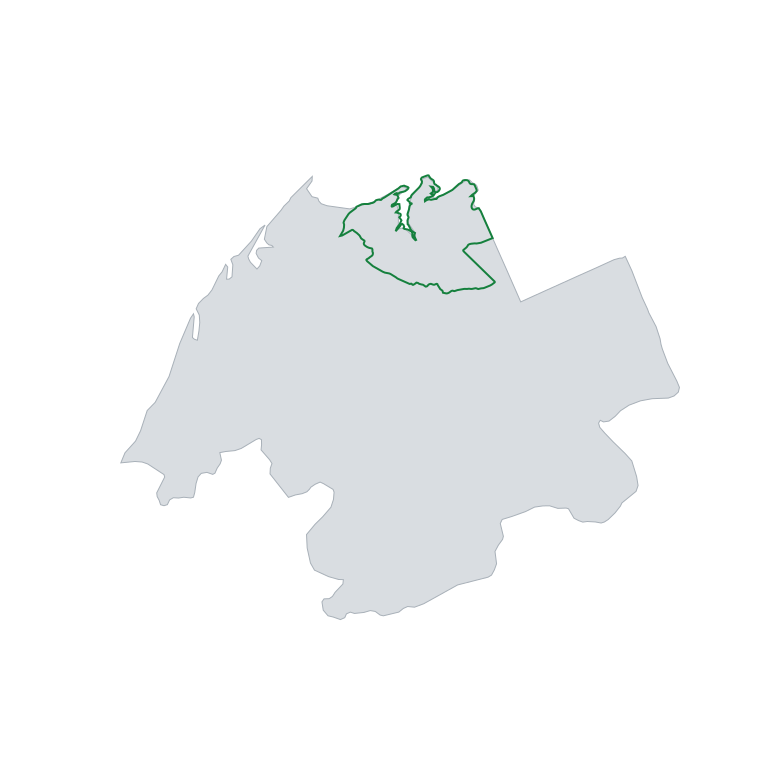 location of Estuaire within Gabon, rotated 66°
{"feature_id": "GAB-2168", "entity_name": "Estuaire", "entity_type": "Province", "adm_level": 1, "iso_a3": "GAB", "parent_name": "Gabon", "parent_adm1": "", "projection": "natural_earth1", "projection_center": [9.925, 0.242], "detail": "fine", "context": "in_parent", "style": "outline", "palette": "green", "viewbox_px": 768, "rotation_deg": 66, "n_neighbors": 0, "source": "natural_earth", "source_scale": "10m", "svg_char_len": 7919}
<svg xmlns="http://www.w3.org/2000/svg" viewBox="0 0 768 768"><g transform="rotate(66 384 384)"><path d="M512.9,123.8L512.5,130.0L506.5,145.0L503.7,156.5L503.0,168.8L504.6,178.8L507.5,185.8L509.4,193.5L507.9,198.9L505.1,201.2L507.0,203.9L511.4,204.5L518.9,202.2L530.3,198.1L545.3,192.1L555.1,188.9L571.4,190.9L580.1,193.2L584.6,197.4L589.4,215.0L591.7,217.7L595.7,225.3L599.0,234.3L599.7,238.9L599.3,242.2L596.0,247.0L592.3,254.2L591.0,258.6L587.9,261.8L583.9,265.0L573.0,266.2L571.4,268.1L568.3,275.8L562.6,282.3L560.0,288.4L557.7,296.5L558.1,306.7L557.0,321.2L555.8,331.1L558.7,334.5L571.7,336.9L574.2,338.9L577.7,345.0L582.1,350.7L594.0,354.3L598.6,358.7L602.3,363.5L602.8,367.5L600.1,383.3L597.5,398.5L598.5,410.0L599.5,421.0L600.9,437.1L600.3,446.9L596.9,452.9L596.9,457.6L598.4,463.2L595.5,478.9L593.5,481.5L588.2,484.5L585.4,488.7L584.5,495.3L581.6,504.3L578.7,507.6L578.7,511.8L581.5,514.9L581.5,519.6L576.2,525.2L573.0,529.4L565.9,531.5L557.8,529.3L555.9,526.2L557.8,521.4L557.1,517.5L554.4,513.4L550.0,502.9L546.2,500.7L544.1,505.0L537.5,512.9L525.8,523.2L517.7,524.0L502.6,520.9L490.0,516.0L484.1,504.0L480.4,494.1L475.0,482.6L468.9,477.1L462.5,473.6L459.6,473.4L450.4,479.8L447.6,482.3L447.6,487.7L448.5,492.7L449.9,495.1L451.1,498.3L450.9,503.4L449.3,510.1L448.7,517.4L419.8,524.7L414.7,522.1L411.1,518.7L406.7,519.3L394.2,523.1L389.6,520.5L385.0,518.6L382.9,520.2L382.7,523.3L384.8,540.7L384.2,547.3L381.3,556.0L379.9,561.9L387.5,563.5L390.3,566.2L393.0,570.6L396.7,574.7L396.9,577.2L392.7,581.7L391.3,587.3L393.3,591.7L398.5,596.2L406.1,601.0L409.9,604.1L409.5,606.9L406.0,613.0L404.6,618.1L402.2,622.7L402.7,627.0L406.1,631.0L405.7,634.5L403.4,637.2L398.7,636.7L394.6,637.0L391.0,635.9L379.8,622.2L377.3,621.8L360.9,632.4L356.9,636.7L353.5,643.0L349.0,656.5L341.5,648.6L335.1,634.2L327.7,625.4L311.9,611.1L307.7,600.5L289.7,577.3L263.9,554.1L245.2,534.0L242.4,529.5L245.5,530.1L263.6,540.1L266.0,539.0L268.1,536.7L260.3,531.5L252.9,527.3L245.9,524.7L238.9,525.0L235.0,520.7L232.4,514.2L231.2,508.7L228.1,502.9L218.1,491.0L215.7,486.3L210.3,480.0L213.6,479.2L224.2,485.2L225.2,482.8L224.3,479.3L213.6,473.6L207.8,473.2L206.5,469.2L207.2,464.5L199.6,447.1L191.7,434.1L190.4,428.0L211.8,456.3L214.7,456.8L218.5,456.5L227.3,453.3L225.6,449.5L221.6,445.5L217.8,447.4L212.7,447.7L210.1,446.0L208.9,443.1L213.9,429.4L211.8,430.1L210.1,432.5L207.4,433.7L203.1,434.4L192.6,427.0L183.3,407.2L180.8,403.1L178.3,396.2L175.9,393.3L165.2,365.1L169.3,367.2L174.1,375.3L183.6,373.6L187.3,368.9L190.5,369.1L193.8,368.0L198.0,363.5L210.1,344.1L213.4,318.4L212.3,303.1L210.5,288.0L214.6,283.2L216.1,286.3L216.9,291.7L218.8,295.7L223.1,299.3L231.2,300.2L243.6,305.8L248.0,309.4L249.2,302.3L263.5,296.2L259.2,294.0L246.5,296.4L229.1,287.3L223.3,281.6L217.9,270.6L212.3,264.9L212.7,259.7L225.2,255.0L228.5,255.5L229.8,261.2L233.2,263.5L234.5,262.7L235.0,257.9L235.1,245.0L231.3,226.4L232.4,222.8L235.9,221.5L238.9,219.1L241.0,218.6L245.3,219.1L247.4,223.4L248.6,225.8L252.8,226.8L256.4,229.1L259.4,228.5L261.9,225.8L265.6,225.3L277.0,225.3L287.3,225.4L307.9,225.5L328.5,225.5L349.1,225.6L364.6,225.7L364.5,215.1L364.4,198.7L364.3,179.3L364.2,160.8L364.2,143.6L364.0,123.3L364.9,117.5L365.9,115.1L365.5,111.7L381.5,111.5L410.3,113.0L422.9,112.8L426.5,113.1L442.2,112.1L455.0,113.4L460.4,114.8L465.3,115.5L480.6,116.4L500.5,115.3L507.3,115.5L511.1,118.4L512.9,123.8Z" fill="#d9dde1" stroke="#a8b0b8" stroke-width="1"/><path d="M265.6,225.3L273.9,225.4L294.9,225.4L294.4,237.9L293.3,242.3L292.4,244.0L291.3,247.4L291.0,249.1L291.1,250.4L292.3,252.2L292.7,253.0L293.0,253.9L293.7,256.4L294.0,257.2L294.6,257.4L295.7,257.1L335.3,241.3L335.9,241.3L336.2,241.6L337.0,245.0L337.2,247.0L337.0,253.0L336.9,254.1L336.1,256.5L335.7,258.6L335.6,259.2L335.4,259.5L334.3,260.6L333.9,261.1L333.8,261.3L333.7,261.5L332.9,265.1L332.6,265.8L332.0,266.8L331.7,267.3L331.4,267.9L331.3,268.3L331.0,269.3L330.9,269.6L330.0,271.4L329.7,272.2L328.1,278.7L327.9,281.0L327.8,281.7L327.7,282.1L327.4,282.5L327.1,282.8L326.7,283.2L326.6,283.6L326.4,284.5L327.0,287.4L327.0,288.4L327.0,288.9L326.9,289.4L326.5,290.4L325.9,291.2L325.7,291.5L325.0,292.5L324.6,293.0L323.1,292.7L322.8,292.7L322.5,292.7L320.2,294.0L319.1,294.2L318.6,294.2L315.6,294.7L314.5,294.6L314.1,294.9L313.9,295.2L313.8,296.0L313.8,297.2L313.7,297.9L313.4,298.4L313.1,298.8L311.8,300.2L311.6,300.4L311.4,301.0L311.3,301.5L311.3,302.2L311.3,302.6L311.5,303.2L312.2,304.8L312.2,305.5L311.9,306.4L309.8,307.6L309.1,308.1L308.3,309.3L306.8,311.1L305.5,311.9L304.6,313.1L304.6,313.3L304.9,314.2L305.2,316.0L305.3,316.8L305.2,317.2L304.9,317.6L304.6,317.7L304.0,317.9L303.5,318.2L303.3,318.7L303.2,319.2L303.2,319.6L302.9,320.0L293.7,328.3L292.8,329.0L291.4,329.7L286.0,333.4L285.1,334.3L282.6,337.9L280.9,339.5L271.8,346.2L264.9,349.5L263.5,349.7L263.1,349.1L263.0,348.3L262.8,346.6L262.5,345.8L262.0,343.2L261.7,342.3L261.1,341.6L260.5,341.2L259.8,340.8L258.3,340.7L257.6,340.4L256.8,340.0L256.1,339.8L255.3,339.9L254.6,340.8L254.0,341.7L253.0,342.8L251.7,343.9L249.4,345.3L248.1,345.5L247.2,345.2L245.7,343.7L245.0,343.6L243.7,344.5L241.8,345.6L241.0,345.7L238.8,345.9L238.0,346.1L235.0,347.4L232.0,349.2L231.3,349.4L230.6,349.8L230.2,350.5L231.3,361.8L230.9,363.9L227.4,359.0L225.0,357.1L222.4,355.7L221.7,355.5L220.3,355.4L219.3,354.6L218.2,353.4L214.3,347.3L213.6,345.6L211.9,338.2L210.9,337.1L210.8,331.1L211.4,329.2L213.1,325.3L213.5,323.5L213.5,322.6L213.9,320.7L213.9,319.6L213.8,318.8L212.9,316.6L213.0,315.5L213.2,314.5L213.6,313.5L214.2,312.7L214.6,311.9L214.4,311.1L214.1,310.4L213.9,309.7L213.8,307.8L211.2,291.2L210.3,288.4L210.5,287.6L210.9,285.3L211.1,284.8L211.4,284.6L213.8,282.1L214.7,281.8L215.4,282.5L216.0,284.2L216.4,286.3L216.2,288.1L215.5,291.4L215.6,292.4L216.0,293.3L216.0,294.1L215.2,294.3L214.8,294.7L214.7,295.6L214.7,296.6L215.0,297.4L215.6,296.7L216.0,295.9L216.5,295.3L217.3,295.0L219.8,295.0L220.2,295.3L220.6,296.4L222.6,298.7L223.3,300.4L223.5,303.7L224.0,304.2L224.6,304.7L225.2,304.6L225.4,303.7L225.0,299.9L225.1,298.4L225.9,296.8L229.6,298.0L230.6,298.6L231.0,299.6L231.6,302.6L232.1,303.4L232.4,302.8L234.6,300.4L235.3,299.8L236.4,299.9L237.1,300.4L237.9,302.2L241.6,301.5L244.4,304.7L246.7,308.9L249.2,311.2L246.4,305.3L245.3,303.7L245.1,302.3L246.6,301.5L248.6,301.6L249.8,302.8L250.7,302.2L252.1,300.1L252.9,299.1L255.6,297.2L256.5,296.8L257.7,296.8L260.0,297.8L261.2,298.1L262.3,297.9L265.4,296.8L265.4,296.1L261.6,296.2L260.1,295.7L258.6,294.3L257.4,295.2L256.0,296.0L254.5,296.6L248.7,297.0L247.7,297.4L244.3,296.1L243.3,295.3L242.2,294.1L241.6,293.7L239.2,293.8L238.3,293.4L234.7,290.2L232.1,288.4L231.0,287.1L230.6,285.4L230.1,285.4L229.6,286.4L229.2,286.8L228.2,286.6L227.6,286.8L225.9,287.7L225.4,287.8L224.8,286.8L224.3,283.6L223.5,283.0L222.5,281.7L218.8,272.1L217.9,270.4L215.8,267.7L214.3,266.9L213.0,267.0L211.8,266.9L210.8,265.6L210.8,264.3L211.1,259.5L211.6,258.4L213.2,258.2L215.0,257.8L215.8,257.4L217.3,256.4L218.1,256.0L219.1,255.9L219.8,256.1L220.5,256.4L221.5,256.5L222.1,256.4L223.1,255.5L224.5,254.9L225.7,254.0L227.1,253.4L228.5,253.6L229.7,255.0L230.3,257.0L230.0,258.8L228.8,259.6L225.5,258.8L223.9,259.0L222.8,260.8L224.6,260.2L226.8,260.3L228.6,261.5L229.0,263.8L229.9,263.4L230.6,262.8L231.0,261.9L231.1,260.8L232.0,262.2L232.1,264.7L231.7,267.3L231.1,268.6L231.8,271.1L232.4,271.8L233.7,272.2L233.4,270.8L233.4,269.0L233.8,267.4L234.4,266.8L234.9,266.0L235.7,262.2L236.3,260.8L235.3,259.1L235.0,257.2L235.3,253.0L234.5,242.6L231.8,234.3L231.6,232.2L231.3,230.8L230.6,229.9L230.2,228.9L230.6,227.1L231.5,225.3L232.5,224.4L233.6,224.1L235.0,224.1L236.3,223.7L237.1,222.6L237.6,221.4L238.3,220.5L239.7,220.3L244.1,220.4L245.3,220.8L246.3,222.8L247.0,226.5L247.7,228.4L248.3,226.9L248.6,225.8L250.9,226.1L252.0,226.6L253.3,227.6L255.2,230.2L256.5,231.3L257.8,232.0L259.2,232.2L260.4,231.9L261.3,230.9L261.6,229.8L261.6,227.2L262.0,225.9L263.4,225.7L265.6,225.3Z" fill="none" stroke="#15803d" stroke-width="2"/></g></svg>